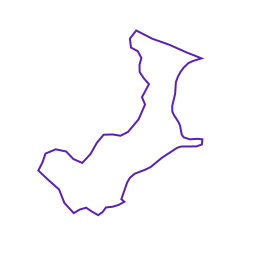 the border of La Estrelleta, rotated 195°
{"feature_id": "DOM-1972", "entity_name": "La Estrelleta", "entity_type": "Province", "adm_level": 1, "iso_a3": "DOM", "parent_name": "Dominican Republic", "parent_adm1": "", "projection": "mercator", "projection_center": [-71.627, 18.975], "detail": "fine", "context": "isolated", "style": "outline", "palette": "violet", "viewbox_px": 256, "rotation_deg": 195, "n_neighbors": 0, "source": "natural_earth", "source_scale": "10m", "svg_char_len": 965}
<svg xmlns="http://www.w3.org/2000/svg" viewBox="0 0 256 256"><g transform="rotate(195 128 128)"><path d="M53.2,136.3L52.4,131.2L57.2,127.9L71.6,124.0L75.3,121.7L87.5,108.1L95.9,96.3L100.2,92.5L109.7,85.6L113.3,80.4L114.7,75.2L116.0,57.5L112.4,55.8L117.1,51.3L122.8,47.8L128.7,45.6L130.8,40.2L134.3,36.1L141.1,37.9L147.8,40.2L153.6,36.7L158.4,31.7L170.1,39.2L178.7,50.8L191.3,57.1L203.6,63.7L201.7,72.7L201.1,81.9L192.3,88.7L181.6,89.3L172.8,83.9L163.2,82.4L157.5,93.1L154.2,105.8L149.8,115.2L141.1,117.8L133.2,118.6L127.0,124.2L120.0,139.1L117.6,155.1L122.5,161.4L119.1,175.8L125.5,180.0L131.2,185.0L133.2,191.8L133.2,199.1L138.4,204.7L146.0,206.5L149.3,214.9L145.3,224.3L127.6,220.5L109.6,219.1L90.6,216.1L75.0,214.3L82.5,209.6L86.5,206.3L89.8,200.8L91.8,195.8L93.1,190.3L93.6,184.7L91.3,173.1L91.0,161.0L89.5,155.5L87.4,152.8L80.9,146.9L78.4,143.9L74.4,135.5L71.8,133.4L65.2,133.1L58.2,135.5L53.2,136.3Z" fill="none" stroke="#5b21b6" stroke-width="2"/></g></svg>